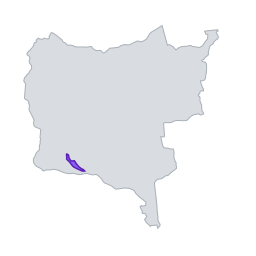 Makanza, Équateur, Democratic Republic of the Congo (highlighted), rotated 264°
{"feature_id": "63176286B16264123188485", "entity_name": "Makanza", "entity_type": "district", "adm_level": 2, "iso_a3": "COD", "parent_name": "Democratic Republic of the Congo", "parent_adm1": "Équateur", "projection": "albers", "projection_center": [19.154, 1.264], "detail": "fine", "context": "in_parent", "style": "filled", "palette": "violet", "viewbox_px": 256, "rotation_deg": 264, "n_neighbors": 0, "source": "geoboundaries", "source_scale": "gbopen_adm2", "svg_char_len": 4973}
<svg xmlns="http://www.w3.org/2000/svg" viewBox="0 0 256 256"><g transform="rotate(264 128 128)"><path d="M226.3,172.6L206.2,175.9L206.6,177.0L206.4,178.1L205.9,179.0L203.9,181.5L200.8,183.7L200.8,184.2L202.4,186.7L203.4,190.1L203.2,196.0L203.6,197.6L203.6,198.9L202.5,200.3L200.6,207.4L202.0,210.8L206.0,214.0L208.3,216.4L212.3,217.2L212.9,217.1L213.2,215.1L216.3,214.3L216.4,226.9L216.2,227.6L215.6,227.8L214.8,227.4L214.6,226.2L213.8,225.7L209.9,227.3L208.9,227.2L207.9,227.0L207.1,226.3L206.9,225.4L204.1,221.7L202.8,221.5L201.3,218.2L195.2,215.8L192.9,215.7L191.7,214.9L190.4,212.3L188.4,210.7L187.9,208.8L187.5,208.5L186.3,208.9L185.3,211.9L183.9,212.6L181.4,212.7L175.2,211.8L170.8,210.4L169.6,210.5L167.8,209.1L167.1,206.8L167.5,205.1L167.2,204.8L160.4,206.3L158.8,207.2L157.3,207.0L156.8,206.5L157.4,205.3L157.1,204.0L156.6,203.4L154.6,202.9L154.0,201.5L152.8,201.3L152.3,201.5L152.0,202.5L151.3,202.8L147.3,202.4L143.1,203.6L137.5,203.3L134.8,204.8L134.4,204.8L133.8,204.0L133.3,201.6L133.6,200.9L134.4,200.5L134.7,199.5L134.4,197.0L134.6,196.4L134.3,195.0L133.5,192.7L132.3,190.8L129.8,188.0L129.3,186.7L129.5,183.5L130.3,178.5L130.2,174.8L129.1,172.3L128.9,169.7L129.5,165.0L128.9,163.9L116.2,163.5L115.6,163.2L115.4,162.5L116.0,159.7L108.2,160.4L105.9,161.0L104.5,162.1L104.0,163.5L103.9,165.6L102.8,167.5L102.4,170.8L100.3,171.2L98.1,171.2L94.0,170.5L90.0,171.4L88.0,172.3L86.9,171.9L83.3,172.2L82.8,172.0L78.7,165.5L76.9,163.3L76.5,162.2L76.7,161.2L76.2,159.9L74.3,156.5L73.9,154.9L74.0,152.5L73.8,151.7L72.0,149.5L70.9,148.8L69.6,148.5L48.9,148.7L42.0,148.3L37.0,148.5L34.5,148.3L33.8,148.0L31.5,148.4L30.3,149.3L28.5,149.8L27.4,149.6L25.2,147.1L28.2,146.7L28.4,146.5L28.6,140.7L27.8,139.8L29.4,138.8L32.0,136.3L34.4,135.4L34.8,134.9L35.3,134.9L36.2,136.0L38.3,137.4L40.9,136.2L41.2,135.8L41.6,133.3L42.2,133.1L43.4,133.6L44.0,133.6L45.1,132.9L48.5,131.7L49.5,133.3L48.6,134.7L49.0,135.8L49.1,137.4L49.6,137.7L52.3,137.9L53.1,137.5L58.4,131.8L59.7,131.1L62.0,128.9L64.9,127.8L66.2,126.0L67.9,122.8L68.7,118.2L68.4,110.1L68.7,109.0L72.2,105.4L75.9,98.8L78.3,97.1L80.2,96.4L83.0,94.0L85.3,91.5L85.0,88.6L85.5,86.2L86.8,83.1L87.2,79.8L86.7,76.4L86.9,73.6L88.6,69.1L88.8,63.9L90.3,59.6L93.3,54.1L94.7,50.0L94.4,46.0L94.8,43.0L94.7,41.3L94.1,39.8L94.4,38.8L95.5,38.4L96.9,36.9L99.5,32.9L102.2,31.0L104.1,30.4L106.1,30.5L107.4,30.8L109.5,32.4L111.9,33.6L113.7,35.1L115.5,37.5L119.7,38.1L121.6,38.9L122.7,39.3L123.1,39.0L124.0,39.2L126.0,39.9L127.6,39.5L135.5,41.0L136.4,40.2L138.6,36.1L140.2,34.7L142.9,34.5L145.0,35.3L146.2,35.3L155.8,31.7L157.1,31.5L160.6,32.4L162.9,31.8L163.8,32.0L165.8,31.3L167.4,28.8L168.7,28.2L182.7,30.8L184.8,29.5L185.8,29.3L188.9,30.3L189.9,31.8L191.7,33.1L193.1,35.2L195.1,36.4L196.2,37.6L197.4,38.4L200.0,38.6L203.2,36.7L205.4,36.8L207.7,37.9L208.5,37.8L210.2,36.7L211.1,35.4L212.0,35.2L213.4,35.7L214.5,36.8L215.5,38.5L219.0,42.2L222.4,43.7L223.2,46.0L224.4,45.7L225.1,46.0L225.9,47.4L226.6,47.7L226.7,48.3L225.8,49.6L225.1,52.2L226.1,53.8L225.3,56.2L224.9,58.6L226.0,59.1L227.4,59.1L228.7,60.3L229.7,60.5L230.8,61.8L230.6,62.9L227.3,66.9L222.3,71.7L220.6,72.3L219.8,73.2L219.2,74.6L217.7,75.8L216.6,76.3L216.5,79.7L214.9,83.3L214.2,84.1L213.4,89.9L213.5,90.9L212.7,95.6L212.9,100.1L210.4,101.5L208.8,103.7L208.1,105.2L208.1,108.8L205.4,111.0L205.2,111.5L205.9,114.0L206.9,114.4L206.9,115.3L209.2,118.0L209.2,126.3L209.3,127.2L210.5,129.1L211.3,132.9L210.5,137.7L213.6,146.5L212.3,149.7L213.0,152.8L214.8,156.0L219.1,159.1L220.3,160.4L221.4,162.2L222.5,164.9L226.3,172.6Z" fill="#d9dde1" stroke="#a8b0b8" stroke-width="1"/><path d="M101.0,71.1L101.0,69.9L101.1,68.8L101.0,68.7L101.1,68.2L101.2,67.9L101.4,67.8L101.6,67.7L101.8,67.5L101.9,67.4L102.0,67.3L102.2,67.2L102.3,67.2L102.5,67.2L102.8,67.0L103.0,66.9L103.3,66.8L103.3,66.7L103.8,66.5L104.2,66.4L104.3,66.4L104.6,66.3L104.9,66.2L105.0,66.2L105.3,66.2L105.6,66.1L105.9,66.1L106.1,66.0L106.3,66.0L106.6,66.1L106.8,66.0L107.0,66.0L107.3,65.9L107.6,65.8L107.6,65.7L107.6,65.3L107.5,65.2L107.6,64.9L107.7,64.7L107.8,64.7L108.0,64.5L108.3,64.6L108.3,64.4L108.5,64.3L108.5,64.2L107.5,64.0L106.5,64.1L106.1,64.0L105.6,64.0L105.2,64.0L104.2,63.9L103.8,63.7L103.6,63.7L102.8,64.2L102.4,64.5L101.5,65.3L100.0,66.5L99.5,66.8L98.2,67.5L97.7,67.9L97.1,68.3L96.2,68.8L95.4,69.5L94.8,70.1L94.5,70.5L93.7,71.8L92.8,73.1L92.1,74.3L91.1,76.1L90.6,76.9L89.8,78.5L89.8,80.4L91.0,79.4L91.4,79.1L91.5,79.0L91.6,78.9L91.8,78.7L91.9,78.2L92.0,78.0L92.0,77.9L92.1,77.6L92.3,77.4L92.5,77.3L92.6,77.2L92.8,76.9L93.0,76.7L93.5,76.3L93.8,76.0L93.9,75.8L94.6,75.2L94.9,74.9L95.1,74.7L95.3,74.5L95.5,74.4L95.8,74.3L95.9,74.2L96.0,74.1L96.3,73.9L96.4,73.7L96.5,73.7L96.8,73.6L97.1,73.4L97.2,73.2L97.3,73.2L97.5,73.0L97.8,73.0L97.9,72.9L98.0,72.8L98.1,72.7L98.3,72.6L98.5,72.6L98.7,72.4L98.8,72.4L99.0,72.2L99.3,72.1L99.5,72.1L99.8,72.0L99.9,71.9L100.0,71.8L100.1,71.7L100.4,71.6L100.5,71.5L100.6,71.4L100.8,71.3L100.9,71.2L101.0,71.2L101.0,71.1Z" fill="#8b5cf6" stroke="#5b21b6" stroke-width="1.5"/></g></svg>